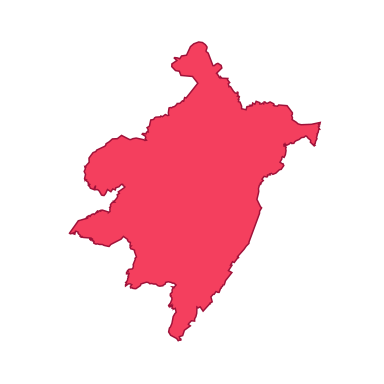 Teocuitatlán de Corona, Jalisco, Mexico, rotated 103°
{"feature_id": "50627088B4235190972494", "entity_name": "Teocuitatlán de Corona", "entity_type": "district", "adm_level": 2, "iso_a3": "MEX", "parent_name": "Mexico", "parent_adm1": "Jalisco", "projection": "natural_earth1", "projection_center": [-103.338, 20.111], "detail": "fine", "context": "isolated", "style": "filled", "palette": "rose", "viewbox_px": 384, "rotation_deg": 103, "n_neighbors": 0, "source": "geoboundaries", "source_scale": "gbopen_adm2", "svg_char_len": 6045}
<svg xmlns="http://www.w3.org/2000/svg" viewBox="0 0 384 384"><g transform="rotate(103 192 192)"><path d="M204.7,297.8L206.0,295.2L207.2,295.0L207.6,293.3L208.4,293.5L208.3,294.6L208.8,294.6L209.9,292.8L211.2,291.8L211.7,287.8L209.8,288.0L207.4,287.3L211.7,287.3L210.9,284.6L211.9,282.6L215.3,279.5L215.4,278.0L215.2,276.9L213.1,275.9L208.6,274.9L210.0,271.1L206.9,269.9L207.2,267.2L205.0,267.2L203.3,264.3L201.3,263.2L200.2,262.1L200.2,261.2L201.1,260.7L202.1,258.6L202.6,258.6L208.5,263.9L209.7,262.5L211.5,264.3L212.8,263.4L214.8,263.8L218.3,265.6L218.6,266.3L219.3,265.1L220.0,267.3L222.6,268.6L224.3,268.0L225.5,268.7L225.8,268.1L227.2,268.2L229.4,267.5L230.7,268.6L230.3,268.6L229.8,275.2L231.0,276.7L230.4,276.8L231.9,279.0L231.7,279.8L233.0,280.5L233.1,279.7L234.2,281.1L235.8,282.2L235.5,283.2L236.7,285.0L238.7,285.8L238.1,286.9L239.6,288.6L240.3,288.9L240.2,287.9L240.9,287.8L245.6,296.3L259.7,302.1L260.1,301.2L259.9,300.6L258.1,297.5L258.2,297.0L258.7,297.1L259.4,297.7L259.5,296.7L256.5,296.7L256.3,296.2L256.8,293.9L257.7,293.8L258.5,292.9L258.8,291.9L259.6,291.0L260.2,291.2L260.9,290.1L260.9,289.5L260.3,289.6L260.1,289.2L260.7,288.4L260.7,287.3L259.8,281.5L261.1,280.9L261.5,280.1L259.6,280.0L260.2,278.5L261.1,278.7L261.4,277.7L261.8,277.8L261.8,279.1L262.2,276.4L263.8,276.3L264.0,275.9L264.4,273.8L263.8,272.7L263.9,270.4L263.3,267.6L263.8,265.7L263.8,261.4L263.7,260.5L261.3,259.3L253.9,250.5L250.7,248.8L252.7,244.1L253.6,243.9L254.8,242.6L255.0,240.7L258.3,240.3L258.8,240.0L258.5,239.3L259.8,239.9L261.1,238.9L261.2,236.8L261.7,234.9L263.0,234.6L267.8,231.5L269.4,232.6L270.0,232.1L276.1,233.0L277.4,232.4L279.8,232.5L280.5,233.1L281.5,236.0L283.2,237.1L284.1,236.2L284.2,237.1L284.9,237.7L286.5,237.4L285.9,235.0L288.9,235.3L289.1,234.7L290.6,235.2L292.6,235.0L294.8,236.0L294.7,235.5L295.0,235.4L297.5,235.9L298.5,235.6L295.8,233.3L295.4,231.4L295.9,229.8L297.8,230.8L298.8,230.1L299.4,230.8L298.8,228.5L299.2,228.0L299.0,225.6L298.7,224.8L294.8,221.2L293.1,221.1L290.2,216.2L290.0,214.2L290.9,212.5L290.2,210.8L290.3,208.6L289.8,206.5L291.0,204.0L291.0,202.2L289.9,199.3L289.5,199.3L287.7,197.4L286.0,197.3L284.8,194.9L284.8,191.5L285.2,190.8L284.9,189.0L286.2,186.6L288.7,187.9L288.9,189.7L289.5,188.4L289.8,188.9L291.8,189.4L294.0,188.8L296.2,190.2L297.0,190.0L297.6,189.2L298.1,189.7L299.5,187.9L301.2,187.4L305.1,188.0L307.8,189.3L308.6,188.7L306.8,186.7L308.5,187.1L307.2,185.5L309.7,185.4L309.8,183.8L310.2,183.8L309.7,183.3L309.8,182.7L309.2,182.1L312.8,180.4L314.3,181.3L317.6,182.3L324.5,182.0L328.5,182.7L329.6,183.4L333.6,183.3L336.4,180.6L338.2,174.0L340.0,172.0L338.9,170.5L339.0,169.9L338.7,169.5L337.8,169.7L337.3,171.1L335.8,171.8L334.0,168.8L328.4,168.3L322.8,163.5L321.8,165.8L321.1,165.7L317.6,163.6L317.2,160.4L314.9,160.9L312.7,160.2L309.2,160.1L303.0,161.3L303.6,160.0L302.1,158.2L305.6,154.4L297.3,149.8L296.9,149.2L296.4,149.6L294.5,147.6L289.9,150.0L287.0,148.4L286.7,147.4L283.6,146.2L284.0,144.2L283.7,143.0L279.7,142.5L279.0,141.9L278.2,142.1L277.2,141.1L275.8,141.0L275.1,139.7L270.8,139.4L261.5,135.0L260.4,138.8L254.4,136.6L254.5,138.0L250.8,136.8L251.2,135.0L246.0,132.7L245.3,132.9L245.8,131.4L244.4,132.9L236.1,128.4L232.6,127.0L229.3,125.0L227.7,125.2L197.8,121.4L195.4,121.8L191.8,120.6L190.9,122.0L184.6,127.1L178.3,127.0L176.4,127.1L173.7,128.0L170.3,127.9L168.5,126.6L168.1,127.4L164.8,125.1L163.7,126.7L160.6,125.3L160.5,122.4L160.0,121.9L158.5,122.2L157.7,119.7L156.9,120.4L156.0,118.8L156.6,117.2L154.7,114.5L150.6,111.8L149.9,110.2L145.6,108.5L144.0,109.7L144.2,110.3L143.2,113.0L139.7,111.9L138.3,112.2L137.2,111.9L137.6,110.1L134.7,109.4L130.5,109.7L128.6,110.5L127.4,110.3L127.1,111.0L126.1,111.0L124.9,111.8L126.4,111.7L126.6,112.6L124.9,113.2L124.4,112.5L125.0,110.1L123.4,108.1L121.7,106.9L121.7,106.1L122.3,105.7L121.7,103.7L120.1,103.3L118.7,102.2L116.8,99.5L114.3,97.5L113.5,95.2L111.9,94.0L111.9,92.8L113.5,90.9L114.7,88.3L115.4,87.8L116.8,87.9L119.6,83.3L118.7,82.6L118.1,83.7L116.9,82.9L114.8,83.0L112.0,82.2L111.2,82.9L107.4,82.8L107.2,83.2L105.8,82.5L102.2,82.6L102.1,81.8L100.2,83.5L99.2,82.7L97.8,83.9L96.8,83.0L97.0,82.7L95.4,82.7L99.2,90.9L101.9,100.8L101.8,103.9L100.5,106.3L98.9,110.8L97.0,110.8L95.1,112.2L93.7,111.7L92.2,112.0L86.5,118.8L87.7,127.1L89.2,128.1L89.5,131.4L89.3,132.0L88.7,131.6L87.7,132.2L86.7,136.2L88.7,138.6L88.7,139.7L87.9,141.1L88.0,142.0L90.0,142.0L89.5,143.2L90.6,144.3L90.9,145.6L90.9,145.9L89.7,146.0L89.2,149.9L92.3,150.5L91.7,152.9L93.7,152.7L94.3,154.5L94.7,153.6L96.5,157.7L99.7,157.8L99.7,162.4L97.2,163.0L93.6,165.4L93.5,167.1L91.3,167.1L91.3,167.7L88.7,167.3L88.4,168.9L88.0,168.3L87.7,169.0L84.6,169.6L84.5,170.3L85.8,170.4L85.8,172.3L84.5,174.3L80.8,178.1L80.6,178.9L81.1,179.6L78.3,181.0L76.9,179.9L74.7,182.7L73.3,182.6L74.4,188.5L73.2,190.3L74.6,190.4L73.8,191.7L72.7,192.3L71.9,193.5L71.5,193.5L70.8,194.8L64.5,190.8L62.1,192.1L60.8,195.7L61.8,197.2L63.9,198.8L64.2,200.0L53.0,207.5L52.0,209.7L51.4,210.1L48.2,209.8L47.2,210.1L45.4,212.2L44.0,215.4L44.3,219.2L47.2,223.6L50.7,226.2L59.9,228.1L61.8,232.8L64.9,233.9L64.6,236.2L64.9,239.1L66.0,239.7L65.6,239.1L67.3,236.3L71.7,240.4L74.4,239.9L77.4,235.4L77.2,231.5L80.9,229.0L79.3,217.5L84.7,210.8L101.6,218.8L101.6,220.4L105.4,220.6L105.3,221.8L108.4,223.8L109.1,226.4L110.0,226.5L112.6,228.2L113.7,230.2L114.5,230.7L114.6,232.2L115.3,233.3L120.1,232.9L122.5,231.9L123.0,232.9L122.5,235.4L125.2,237.7L125.0,239.5L125.9,239.7L127.2,244.1L128.1,245.1L129.9,245.7L131.1,248.4L136.9,248.3L137.8,248.6L139.4,250.3L141.1,248.7L142.4,248.7L143.3,248.2L143.4,249.2L144.1,249.8L145.6,249.9L146.0,253.1L146.9,253.6L148.1,250.0L149.4,249.3L150.6,249.6L151.8,248.1L152.4,249.6L151.9,250.8L152.0,258.5L153.3,261.6L154.7,263.4L154.9,264.8L152.7,273.4L156.8,276.7L158.2,281.5L161.6,283.9L164.3,286.6L165.9,286.6L167.0,287.2L172.6,294.3L174.2,294.8L175.9,297.3L182.1,300.0L186.2,298.9L190.7,301.4L191.4,301.2L191.3,302.2L193.5,301.1L196.2,301.7L198.8,299.7L203.2,299.7L203.9,299.3L203.5,299.3L204.0,297.5L204.7,297.8Z" fill="#f43f5e" stroke="#9f1239" stroke-width="1.5"/></g></svg>